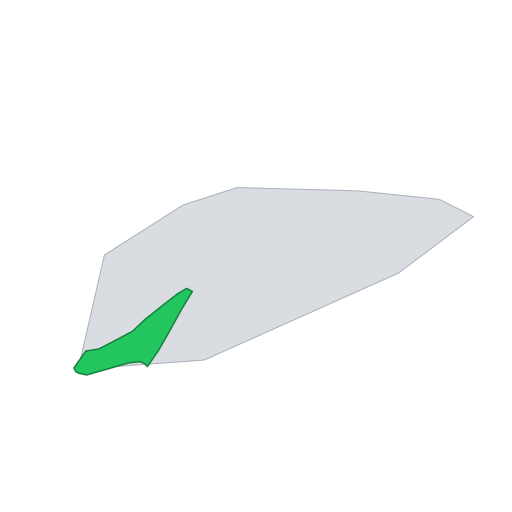 Saint Lucia, with Vieux Fort highlighted, rotated 64°
{"feature_id": "LCA-5086", "entity_name": "Vieux Fort", "entity_type": "Quarter", "adm_level": 1, "iso_a3": "LCA", "parent_name": "Saint Lucia", "parent_adm1": "", "projection": "equal_earth", "projection_center": [-60.953, 13.777], "detail": "fine", "context": "in_parent", "style": "filled", "palette": "green", "viewbox_px": 512, "rotation_deg": 64, "n_neighbors": 0, "source": "natural_earth", "source_scale": "10m", "svg_char_len": 614}
<svg xmlns="http://www.w3.org/2000/svg" viewBox="0 0 512 512"><g transform="rotate(64 256 256)"><path d="M326.8,348.1L279.8,465.4L188.6,391.8L178.2,299.1L186.2,243.0L242.1,135.9L285.5,66.3L316.0,43.3L333.8,135.6L326.8,348.1Z" fill="#d9dde1" stroke="#a8b0b8" stroke-width="1"/><path d="M307.7,402.0L303.7,403.5L300.1,406.6L296.3,417.4L288.7,460.3L283.5,466.9L280.9,468.7L276.8,468.7L266.8,450.7L270.6,438.3L270.3,422.9L269.5,400.0L264.2,383.0L258.6,357.7L255.6,343.1L255.2,338.2L254.7,332.6L260.0,328.7L271.1,346.0L287.9,369.9L298.4,385.4L307.7,402.0Z" fill="#22c55e" stroke="#15803d" stroke-width="1.5"/></g></svg>